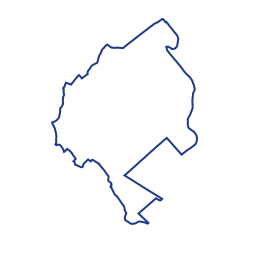 Cernica, Ilfov, Romania, rotated 346°
{"feature_id": "2599482B48526584820869", "entity_name": "Cernica", "entity_type": "district", "adm_level": 2, "iso_a3": "ROU", "parent_name": "Romania", "parent_adm1": "Ilfov", "projection": "orthographic", "projection_center": [26.324, 44.406], "detail": "fine", "context": "isolated", "style": "outline", "palette": "blue", "viewbox_px": 256, "rotation_deg": 346, "n_neighbors": 0, "source": "geoboundaries", "source_scale": "gbopen_adm2", "svg_char_len": 3967}
<svg xmlns="http://www.w3.org/2000/svg" viewBox="0 0 256 256"><g transform="rotate(346 128 128)"><path d="M201.5,107.6L202.1,106.8L202.4,103.5L201.7,97.3L200.9,95.1L200.5,94.1L198.6,91.0L197.7,89.5L196.5,87.4L195.0,83.7L194.0,81.3L191.7,76.5L186.7,66.4L184.8,62.0L184.8,58.5L186.2,58.6L188.5,60.4L189.9,62.2L193.1,62.2L195.4,60.5L197.7,55.3L198.4,53.3L198.3,51.8L198.0,50.0L195.1,43.7L192.2,37.3L190.8,34.3L190.0,34.5L189.2,32.6L188.7,31.2L188.3,31.0L187.7,30.5L186.4,31.0L185.2,31.5L184.9,31.6L183.4,32.2L179.9,33.1L179.1,33.2L178.3,33.4L176.9,34.0L176.1,34.5L175.3,34.7L173.5,35.5L173.1,35.7L172.2,36.1L169.2,37.4L167.9,37.9L159.0,41.8L146.6,47.3L144.3,48.3L143.3,48.9L142.8,49.2L142.4,49.3L141.4,48.9L140.6,48.6L139.3,48.2L138.7,48.0L138.0,47.8L137.4,47.6L136.2,47.2L135.4,47.1L134.0,46.9L133.0,46.5L132.0,46.2L131.5,46.0L130.5,45.0L129.5,43.9L128.9,43.0L128.4,42.4L128.2,42.1L127.3,42.3L126.9,42.5L126.2,42.8L124.7,43.9L122.2,45.5L121.3,46.3L120.5,47.7L120.0,48.4L119.4,48.9L118.9,49.5L118.2,50.1L117.7,50.8L116.9,52.0L115.8,53.8L114.3,56.7L113.7,57.3L113.3,57.4L111.7,57.7L109.7,58.2L109.1,58.5L108.2,58.7L107.4,59.2L106.3,60.2L104.5,61.9L103.9,62.2L103.6,62.4L103.4,62.6L102.9,63.3L102.3,63.9L102.2,64.2L102.0,64.9L102.0,65.8L101.3,66.1L95.2,68.7L93.8,65.7L93.5,65.0L93.2,64.8L90.9,66.2L90.2,66.8L88.5,68.0L83.4,72.0L83.0,71.5L82.5,71.2L82.2,71.5L81.1,70.6L78.7,69.0L76.3,72.6L76.0,72.8L75.7,72.9L75.0,73.3L74.7,73.8L74.6,74.0L74.8,74.3L75.0,74.5L75.1,74.9L74.5,76.5L74.3,77.3L74.1,78.7L74.1,80.4L73.9,80.6L72.7,82.0L72.4,82.7L72.1,83.4L71.8,84.3L71.5,85.2L71.4,85.8L71.2,86.9L71.2,87.6L70.9,88.2L70.5,89.3L69.7,90.3L69.1,91.1L68.3,91.8L67.7,92.2L67.1,92.3L66.1,95.7L65.3,97.6L64.8,98.8L64.2,99.9L63.7,100.6L63.3,101.4L62.7,101.9L61.5,102.7L60.4,103.3L58.8,103.9L57.8,104.0L56.5,104.2L55.9,104.3L55.6,104.4L56.2,107.4L56.5,108.8L56.9,110.8L56.9,113.1L56.9,114.4L56.8,116.6L56.5,118.9L56.0,120.2L55.6,121.4L55.3,122.6L54.8,125.1L53.6,126.2L53.7,126.5L53.9,126.9L54.2,127.3L54.7,127.4L55.3,127.4L56.1,127.3L57.5,127.7L58.0,128.1L58.6,129.4L59.5,131.7L60.0,133.3L60.1,135.7L61.0,135.4L64.0,133.6L64.7,134.6L64.9,134.9L65.8,135.6L66.3,136.8L67.1,137.9L68.3,141.5L69.1,143.4L69.8,145.3L67.0,147.1L67.7,147.9L68.0,148.4L67.9,150.8L72.9,154.6L73.8,154.9L74.2,154.9L74.5,154.7L75.4,153.5L75.7,153.1L76.0,152.2L77.5,151.2L78.7,150.6L79.1,150.3L79.5,150.1L80.2,149.7L80.5,149.5L81.0,149.3L81.4,149.1L81.7,148.9L83.8,151.4L84.4,151.0L85.1,150.4L85.3,150.3L85.5,150.2L86.4,150.7L89.1,153.6L90.4,154.9L91.5,156.1L91.2,156.4L91.6,157.3L92.1,158.2L92.9,159.6L93.7,161.3L94.1,162.1L94.5,163.0L94.8,163.6L95.2,164.7L95.8,166.4L96.8,168.7L97.5,170.3L96.8,172.1L96.0,174.3L96.4,175.0L97.2,175.9L98.3,177.3L98.4,178.0L98.2,179.0L97.9,180.0L97.4,179.8L96.8,181.1L97.3,181.3L98.1,185.2L98.8,188.0L99.4,190.1L100.5,191.3L101.0,192.2L102.6,196.4L103.7,199.5L104.2,200.7L104.8,201.8L105.3,204.0L105.1,205.6L105.0,207.4L105.5,209.0L105.7,210.5L104.9,211.3L104.3,212.2L103.5,213.7L103.0,215.2L102.9,216.0L103.0,216.6L103.8,217.5L105.4,219.1L106.1,219.9L107.4,221.2L108.0,221.7L108.2,221.9L109.1,222.1L112.1,222.4L115.4,221.4L116.1,221.4L117.0,221.7L120.0,223.0L121.2,223.6L122.8,224.7L123.5,225.3L123.8,225.5L124.1,225.5L124.8,225.1L123.8,223.4L122.9,222.0L120.1,217.6L117.5,213.5L131.1,206.6L137.7,203.2L138.1,203.0L140.6,205.4L141.2,205.8L141.8,206.0L142.0,206.0L142.7,205.9L144.0,205.0L129.7,190.4L124.2,184.6L116.9,177.0L113.2,173.2L113.9,172.8L115.3,172.1L117.4,171.0L126.7,166.1L132.7,162.8L136.7,160.8L137.9,160.2L141.2,158.3L150.2,153.6L160.3,148.4L163.2,147.0L164.8,150.0L167.8,155.8L170.5,160.9L172.8,165.3L173.6,166.8L176.9,165.3L180.1,163.8L182.5,163.0L184.4,162.4L184.5,162.3L189.4,160.2L190.7,158.5L191.3,157.7L192.6,154.5L192.6,151.8L191.6,148.5L186.8,142.5L186.7,141.4L186.7,139.7L187.7,136.1L188.0,134.5L188.3,133.5L191.6,129.9L194.5,125.9L195.6,124.1L196.2,121.4L197.2,116.6L199.7,109.8L201.4,107.8L201.5,107.6Z" fill="none" stroke="#1e3a8a" stroke-width="2"/></g></svg>